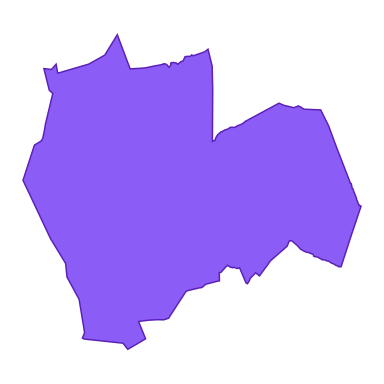 García, Nuevo León, Mexico
{"feature_id": "50627088B2977795978715", "entity_name": "García", "entity_type": "district", "adm_level": 2, "iso_a3": "MEX", "parent_name": "Mexico", "parent_adm1": "Nuevo León", "projection": "robinson", "projection_center": [-100.588, 25.805], "detail": "fine", "context": "isolated", "style": "filled", "palette": "violet", "viewbox_px": 384, "rotation_deg": 0, "n_neighbors": 0, "source": "geoboundaries", "source_scale": "gbopen_adm2", "svg_char_len": 5579}
<svg xmlns="http://www.w3.org/2000/svg" viewBox="0 0 384 384"><path d="M123.0,343.2L127.8,349.3L145.6,338.8L138.6,321.6L141.2,321.1L148.8,320.2L157.2,319.7L163.9,319.8L168.6,318.2L180.9,299.2L183.3,295.6L185.4,292.2L186.9,290.9L189.2,290.3L194.6,289.0L196.9,288.5L201.2,287.4L201.3,287.7L201.5,287.6L201.8,287.5L202.1,287.3L202.3,287.2L202.6,287.0L203.1,286.6L204.3,285.5L205.3,284.6L205.7,284.4L205.9,284.3L206.6,284.0L208.6,283.5L211.0,282.9L213.4,282.3L214.9,281.9L217.5,281.2L219.0,280.9L219.4,280.9L219.3,272.9L219.3,272.7L219.5,272.7L220.2,272.5L220.4,272.5L220.8,272.3L221.2,272.2L221.3,272.1L221.4,271.9L221.5,271.8L221.5,271.7L227.3,265.3L227.5,265.4L227.7,265.5L228.3,266.0L228.6,266.2L229.2,266.2L229.3,266.3L229.5,266.5L230.2,267.1L230.4,267.2L230.5,267.2L230.9,267.3L231.1,267.2L232.2,267.7L232.6,267.8L233.7,267.2L237.0,268.5L237.7,268.4L237.9,268.2L238.3,268.1L238.5,268.0L239.0,268.2L239.4,268.0L239.6,267.9L246.0,282.9L246.3,282.9L246.5,283.0L247.1,283.5L247.3,283.7L248.2,282.7L248.7,281.9L249.0,281.4L249.4,280.4L249.7,279.9L250.0,279.0L250.4,278.3L251.1,277.4L251.7,276.9L252.8,275.7L254.1,274.4L255.6,272.8L255.9,273.0L259.5,275.9L259.8,275.4L261.8,272.7L266.2,266.7L266.3,266.6L266.8,266.0L270.1,261.3L270.7,260.7L271.1,260.2L277.1,255.0L278.8,253.5L282.2,250.5L282.3,250.5L283.2,249.7L285.3,247.8L286.4,246.9L286.8,246.5L287.1,246.1L287.3,245.9L287.6,245.1L288.1,243.8L288.7,242.2L288.8,241.9L289.0,241.5L289.2,241.2L289.3,241.0L289.5,240.8L289.8,240.9L290.2,241.0L291.3,240.7L291.7,240.7L297.8,246.0L300.4,249.1L303.0,250.6L306.0,252.1L309.2,252.7L310.8,253.6L312.7,254.0L313.3,254.9L313.6,255.5L313.6,256.0L314.6,256.7L316.0,256.6L317.6,257.1L320.8,258.9L321.4,259.2L321.9,259.7L322.3,259.8L323.3,259.8L324.8,259.9L325.9,260.6L326.8,260.9L327.5,261.0L328.2,261.0L328.9,261.4L331.1,262.8L331.9,263.4L332.8,263.5L334.1,264.2L335.3,265.0L336.0,265.4L336.4,265.6L337.1,265.6L337.5,265.6L337.9,265.8L338.1,266.1L338.2,266.5L338.5,266.7L338.9,266.7L339.1,266.7L339.4,266.6L339.6,266.7L339.8,266.7L340.1,266.8L340.6,266.8L341.1,266.7L349.6,240.5L352.1,232.8L353.6,228.5L355.0,224.2L355.8,221.9L357.4,217.1L359.8,209.9L360.3,208.5L361.0,206.3L360.9,205.9L360.6,205.9L360.4,205.9L360.0,205.9L359.8,205.8L359.3,205.7L359.3,205.1L358.9,205.1L358.7,204.8L358.7,204.7L358.3,203.7L358.2,203.4L358.0,203.1L357.7,202.1L357.3,201.0L356.8,199.9L356.6,199.3L356.5,199.0L356.5,198.5L356.5,198.3L355.8,196.6L354.1,192.2L353.4,190.3L352.8,188.6L352.7,188.5L352.7,188.4L352.3,188.2L352.1,188.1L352.0,187.7L351.8,186.2L351.6,185.5L351.3,183.8L351.3,183.7L351.2,183.6L350.6,183.4L350.2,182.6L349.2,180.0L348.5,178.2L347.4,175.4L347.3,175.1L345.2,169.7L345.1,169.4L345.0,169.2L344.1,166.7L343.5,165.3L343.0,164.0L342.5,162.7L342.4,162.5L341.4,159.8L338.4,152.1L336.6,147.5L328.6,125.8L320.7,109.9L304.3,109.2L302.4,108.3L301.2,107.2L298.6,106.3L298.5,105.9L293.8,107.7L283.8,105.3L279.0,103.2L245.4,121.3L245.4,121.5L245.0,121.7L244.8,121.8L244.7,121.9L244.3,122.2L243.9,122.6L243.4,122.9L243.1,123.1L243.0,123.3L242.7,123.6L242.0,123.9L241.5,124.2L240.9,124.4L240.7,124.5L240.3,124.8L239.9,124.9L239.3,125.1L238.7,125.2L237.9,125.6L237.7,125.7L237.3,125.8L236.9,126.0L236.6,126.4L236.3,126.5L236.1,126.6L235.9,126.7L235.7,126.9L235.4,127.1L235.0,127.2L234.5,127.3L234.2,127.3L233.8,127.4L233.6,127.5L233.3,127.5L233.1,127.4L232.7,127.3L232.4,127.2L232.0,127.2L231.8,127.2L231.6,127.2L231.3,127.2L230.9,127.4L230.5,127.5L230.0,127.5L229.4,128.1L229.2,128.1L228.5,128.5L228.2,128.9L227.8,129.1L227.6,129.2L227.3,129.2L227.1,129.2L226.8,129.3L226.3,129.5L225.6,129.8L225.1,130.0L224.6,130.0L224.4,130.2L224.0,130.5L223.6,130.7L223.2,130.9L222.9,131.1L222.3,131.5L221.9,131.7L221.5,131.8L221.2,131.9L220.8,131.9L220.6,132.1L220.5,132.3L220.3,132.5L219.9,132.8L219.5,133.1L219.2,133.3L219.1,133.6L218.7,133.9L217.7,134.7L217.5,135.1L217.1,135.7L216.6,136.4L215.9,137.7L215.9,138.1L215.5,138.6L215.3,139.0L215.2,139.5L215.4,140.0L214.9,140.4L214.5,140.6L214.0,140.7L213.5,140.7L213.3,140.8L213.1,141.0L212.4,141.3L212.4,140.9L212.7,88.8L212.3,72.8L212.2,66.3L210.0,57.4L208.0,49.2L204.7,51.8L199.3,53.7L193.1,55.8L191.8,54.9L190.8,55.8L190.4,56.2L190.0,56.4L189.7,56.4L188.6,56.3L188.1,56.3L187.6,56.4L187.1,56.5L186.2,56.5L185.7,56.5L185.3,56.6L185.0,56.8L184.6,57.5L184.4,58.0L184.3,58.4L183.9,59.2L183.7,59.5L183.4,60.2L183.3,60.4L183.2,60.5L182.6,61.4L181.9,61.4L181.7,61.4L181.4,61.5L181.1,61.6L180.8,61.7L180.6,61.9L180.4,62.1L179.4,63.0L178.9,63.3L178.3,63.8L178.2,63.8L178.1,64.0L177.9,64.2L177.6,64.2L177.4,64.2L176.7,63.5L176.5,63.2L176.2,63.1L175.9,62.9L175.5,62.9L175.3,62.9L175.0,62.8L174.7,62.7L173.8,62.5L173.4,62.6L173.0,62.6L172.5,62.7L172.3,62.7L172.1,62.8L172.0,62.7L171.9,62.7L171.7,62.6L171.3,62.7L170.9,63.0L170.7,63.3L170.9,64.6L170.8,64.8L170.6,65.1L170.2,65.8L169.9,66.2L169.5,66.6L168.8,67.2L168.6,67.0L167.2,65.0L167.0,64.9L166.8,64.7L166.6,64.6L166.4,64.4L166.1,64.2L165.8,64.1L165.5,64.0L165.1,63.9L164.8,63.8L164.3,63.8L163.9,63.9L163.1,64.0L163.2,64.3L159.3,65.1L155.3,65.8L151.5,66.6L147.6,67.4L144.6,68.0L139.9,68.3L133.1,68.7L130.1,68.9L130.0,68.4L127.5,61.9L117.3,34.7L104.8,55.1L88.8,64.1L58.7,72.9L57.7,73.1L56.1,64.2L51.5,69.5L47.5,69.0L43.9,68.6L49.3,90.3L52.8,93.5L52.3,95.5L45.4,124.3L44.2,131.7L42.8,137.9L41.8,140.3L39.6,142.0L34.8,144.8L34.3,145.5L23.0,180.3L27.4,189.6L28.8,192.5L36.6,209.1L43.7,224.2L50.8,239.2L51.8,240.7L65.6,263.4L67.0,277.1L79.1,299.3L84.6,332.7L82.4,338.1L84.0,339.0L85.2,339.2L85.7,339.2L85.8,339.2L87.5,339.4L89.1,339.6L96.9,340.4L110.0,341.8L123.0,343.2Z" fill="#8b5cf6" stroke="#5b21b6" stroke-width="1.5"/></svg>